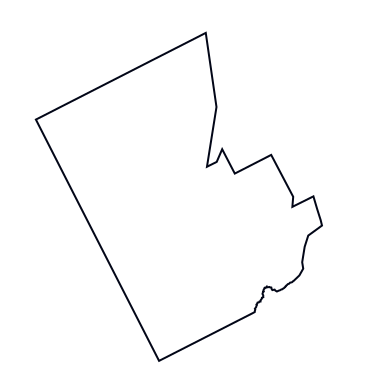 Nipa/Kutubu District, Southern Highlands, Papua New Guinea, rotated 63°
{"feature_id": "67681753B17262942847842", "entity_name": "Nipa/Kutubu District", "entity_type": "district", "adm_level": 2, "iso_a3": "PNG", "parent_name": "Papua New Guinea", "parent_adm1": "Southern Highlands", "projection": "robinson", "projection_center": [143.536, -6.456], "detail": "fine", "context": "isolated", "style": "outline", "palette": "ink", "viewbox_px": 384, "rotation_deg": 63, "n_neighbors": 0, "source": "geoboundaries", "source_scale": "gbopen_adm2", "svg_char_len": 1225}
<svg xmlns="http://www.w3.org/2000/svg" viewBox="0 0 384 384"><g transform="rotate(63 192 192)"><path d="M283.6,108.2L280.9,91.4L275.4,90.1L271.1,89.4L263.9,88.2L251.0,85.8L250.8,109.3L242.2,104.0L194.9,104.6L195.0,137.2L195.0,145.5L167.6,145.7L176.4,156.3L176.3,167.2L127.4,131.6L56.5,107.5L56.5,168.3L56.6,298.2L152.1,298.2L318.1,298.0L327.5,298.0L327.5,210.3L327.5,191.9L327.4,190.5L326.5,190.0L325.5,189.0L324.6,189.0L323.6,187.0L322.9,186.5L322.2,185.5L321.5,185.6L321.1,184.6L320.3,183.8L320.7,182.4L320.2,181.6L320.7,180.7L319.6,179.9L318.6,178.0L318.0,177.7L318.1,176.2L317.2,175.9L316.4,175.4L315.1,175.5L314.4,175.2L313.6,174.2L313.1,174.0L313.2,173.2L312.0,173.0L311.1,171.8L310.9,171.0L310.4,170.9L310.3,170.5L310.8,169.8L310.3,168.4L311.0,168.5L311.8,166.1L312.4,165.8L313.1,164.7L314.9,165.1L315.9,164.9L316.5,162.7L317.6,162.5L318.3,162.1L319.2,161.5L319.3,159.2L319.5,158.4L319.4,156.5L319.7,155.6L319.4,154.6L319.4,153.5L319.0,152.8L319.1,152.2L318.6,151.7L318.6,151.0L318.2,150.7L318.0,149.4L317.6,148.6L317.8,147.1L317.3,145.8L317.7,144.4L317.8,143.7L317.3,142.1L317.3,141.3L317.1,140.9L315.1,134.2L310.8,127.7L304.6,125.7L292.0,116.5L283.6,108.2Z" fill="none" stroke="#020617" stroke-width="2"/></g></svg>